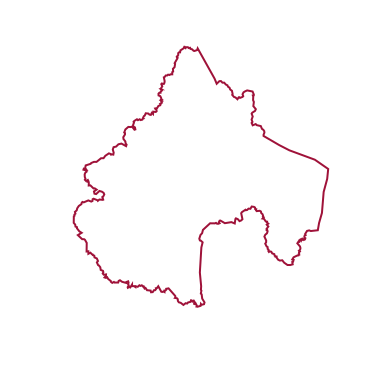 Prestea/huni Valley, Western, Ghana, rotated 322°
{"feature_id": "2480657B71205229821948", "entity_name": "Prestea/huni Valley", "entity_type": "district", "adm_level": 2, "iso_a3": "GHA", "parent_name": "Ghana", "parent_adm1": "Western", "projection": "mercator", "projection_center": [-2.017, 5.447], "detail": "fine", "context": "isolated", "style": "outline", "palette": "rose", "viewbox_px": 384, "rotation_deg": 322, "n_neighbors": 0, "source": "geoboundaries", "source_scale": "gbopen_adm2", "svg_char_len": 6010}
<svg xmlns="http://www.w3.org/2000/svg" viewBox="0 0 384 384"><g transform="rotate(322 192 192)"><path d="M281.8,121.5L278.1,121.9L279.6,116.5L284.9,82.3L283.4,83.3L280.8,82.4L280.2,81.7L279.9,79.5L278.9,78.3L279.3,77.2L278.0,76.5L278.0,75.6L277.2,74.7L276.1,74.5L275.9,73.8L275.4,74.3L275.0,73.0L273.8,73.6L270.1,73.3L268.6,74.6L268.0,74.0L266.6,74.1L265.5,75.6L263.8,75.9L263.7,76.6L263.1,76.4L262.8,77.7L257.6,79.8L257.6,80.6L255.1,82.9L252.8,83.2L251.3,85.5L250.2,85.4L248.9,87.1L247.5,86.0L246.4,86.0L245.4,84.8L244.2,84.9L243.0,84.0L241.5,84.5L240.4,84.3L238.7,87.8L237.5,89.0L236.3,89.5L235.0,87.9L234.2,88.1L233.7,90.4L231.5,91.2L230.9,91.6L231.1,92.1L230.6,91.7L230.7,93.5L228.7,93.8L228.3,94.4L227.2,93.7L226.1,93.9L225.1,95.3L226.0,96.9L225.7,98.5L225.2,99.8L224.5,100.0L224.8,100.5L223.8,100.4L224.4,101.9L223.5,101.8L223.2,103.1L221.2,102.9L221.2,103.6L220.4,104.1L218.5,103.5L216.2,104.4L214.4,103.5L214.3,104.1L215.1,104.6L213.8,106.6L212.7,106.6L210.9,104.8L209.3,106.6L209.0,104.9L207.0,105.9L206.1,104.8L205.9,103.3L204.0,101.5L201.8,102.7L200.7,102.6L198.8,103.6L198.9,104.1L198.3,103.9L197.4,104.4L195.8,103.7L195.6,102.5L193.6,102.1L193.4,100.8L190.3,100.5L189.2,100.7L189.0,101.6L186.6,103.1L186.2,104.4L186.8,106.0L185.9,107.8L185.0,107.5L185.0,104.0L184.5,103.3L183.8,103.2L181.9,101.5L178.0,101.7L175.2,103.4L175.5,104.3L174.6,105.4L171.6,106.5L170.6,108.1L170.6,111.1L169.6,112.9L169.6,114.4L168.3,115.3L166.2,110.4L163.4,109.1L160.2,109.5L157.8,108.4L155.7,109.8L154.5,112.8L153.0,114.1L151.8,112.7L151.2,112.7L151.2,111.8L150.3,110.4L146.0,110.1L143.1,110.9L141.1,109.4L135.3,109.5L133.3,107.9L130.4,107.1L129.5,107.4L124.6,105.6L122.6,107.3L122.5,109.0L121.1,107.0L120.2,107.6L121.8,109.8L121.5,111.1L119.9,111.1L118.3,112.0L116.8,114.1L116.2,116.0L115.1,116.4L115.3,118.1L117.3,118.4L117.0,119.5L116.4,119.8L116.9,120.1L116.3,121.3L114.6,123.3L116.0,124.2L116.6,128.6L117.6,129.2L118.3,131.4L115.1,131.2L114.1,133.3L115.2,134.6L119.7,134.2L121.2,136.3L121.8,138.3L121.4,139.9L119.2,140.9L118.2,140.8L117.3,143.4L116.9,143.3L114.4,140.9L112.4,141.0L112.5,140.4L110.3,136.7L109.3,136.5L108.0,137.8L106.7,137.5L105.1,134.8L100.3,133.5L99.6,132.4L98.6,132.5L97.3,133.5L94.2,133.3L91.5,134.2L89.8,135.5L87.5,135.6L86.8,137.3L85.4,137.4L84.8,138.4L83.9,138.4L79.8,143.5L79.9,145.8L78.9,147.5L79.7,148.9L79.0,149.8L79.0,153.6L79.9,156.2L75.5,155.7L76.4,161.5L78.0,162.9L78.2,163.8L77.7,167.3L72.3,174.0L73.8,174.9L72.3,176.9L74.6,177.3L74.8,179.4L75.3,180.2L75.0,180.7L75.8,182.0L74.9,183.5L76.1,185.8L75.4,188.5L73.7,188.9L73.0,191.8L73.4,192.6L73.4,194.8L72.1,197.2L73.3,199.3L72.8,200.6L71.5,201.2L71.5,202.8L73.5,204.0L72.6,205.0L70.5,205.5L71.3,206.7L72.7,206.9L72.4,208.9L73.2,212.2L72.8,212.8L73.2,214.5L75.1,214.8L75.2,215.6L78.1,217.9L79.5,216.9L80.9,217.2L81.6,219.7L84.2,223.2L84.8,222.5L86.7,223.1L86.2,224.4L84.9,225.3L84.7,226.6L82.7,227.4L82.5,228.0L84.1,228.2L84.6,229.2L87.8,228.0L86.8,229.3L89.0,231.0L88.6,231.2L88.8,231.8L89.1,231.3L90.9,233.3L93.1,233.1L93.5,234.2L95.0,234.6L95.1,236.2L96.6,236.8L95.5,236.9L95.2,238.9L96.3,239.0L96.1,241.7L98.7,244.2L98.0,245.8L99.4,246.7L101.6,246.0L102.6,246.7L104.0,246.3L104.3,245.6L105.3,246.1L107.4,245.5L106.4,251.7L107.1,252.5L108.2,252.8L108.7,253.9L109.6,252.7L110.4,253.3L111.6,253.1L112.1,252.4L114.2,253.5L114.8,263.6L114.1,264.8L113.4,265.0L114.7,266.4L114.8,267.6L113.8,269.2L113.7,270.8L114.9,272.4L115.7,275.7L118.5,275.7L119.5,276.9L120.9,276.6L123.3,277.7L124.5,276.7L125.0,277.1L125.1,278.7L126.5,278.7L126.4,279.9L124.8,281.4L125.3,282.2L126.3,282.0L125.8,284.8L125.1,285.1L125.7,285.8L128.7,287.0L130.1,285.7L130.1,286.8L132.4,287.8L133.9,286.7L134.4,282.3L136.6,278.6L136.4,277.5L138.7,275.5L138.8,274.6L141.2,271.9L148.6,260.3L165.2,241.5L169.4,238.2L169.0,235.8L168.4,235.0L169.0,233.3L172.2,231.1L174.6,230.7L177.3,228.6L187.0,227.8L190.7,230.8L191.9,231.1L192.2,232.4L193.1,233.2L194.5,233.6L194.6,232.3L196.1,231.6L196.8,232.0L198.7,236.8L204.5,240.0L206.3,243.1L209.6,240.0L210.4,239.8L211.4,241.7L211.5,244.2L213.3,244.7L215.0,244.5L217.7,239.0L219.0,238.6L223.2,238.9L223.2,239.5L224.4,240.1L226.3,239.9L227.7,241.2L230.1,240.2L231.7,241.9L232.1,243.1L231.3,244.3L232.0,245.1L231.2,245.7L231.2,246.9L233.8,248.5L234.3,249.8L233.6,251.2L233.9,253.0L233.2,254.9L232.7,255.1L232.9,256.1L231.3,256.4L232.2,257.4L232.0,260.6L232.9,261.6L232.3,262.2L232.6,263.9L230.8,263.8L230.9,266.2L228.0,267.0L228.1,267.7L227.3,268.1L227.6,269.1L227.2,269.7L225.6,270.7L223.4,270.8L221.6,271.7L220.6,275.9L219.4,277.3L217.9,277.8L217.3,280.8L217.7,281.9L216.6,283.4L216.8,284.6L215.8,285.6L215.7,286.6L216.7,286.6L217.7,287.9L217.4,289.8L218.6,291.6L217.9,293.2L218.3,293.9L218.0,294.3L218.9,295.0L218.3,295.7L218.2,298.4L219.0,300.1L221.1,301.4L221.1,304.4L222.3,308.3L224.4,310.0L226.8,311.0L227.9,308.9L228.7,309.2L230.3,308.0L229.5,306.9L231.9,306.0L235.6,306.8L236.9,307.5L237.5,306.9L238.0,307.3L239.2,305.4L240.4,305.3L240.2,304.1L241.7,304.0L242.9,303.0L243.6,301.4L243.4,297.3L245.2,296.7L245.7,297.2L246.5,296.3L247.0,296.7L247.2,296.2L248.3,296.1L249.0,296.4L248.5,297.4L250.0,296.8L250.0,297.8L251.3,297.9L250.9,298.7L251.8,298.9L252.9,298.2L252.6,297.0L253.1,296.3L254.1,295.6L255.0,295.9L255.4,294.7L258.7,293.5L260.7,294.4L261.6,295.9L267.6,299.6L273.0,294.7L281.5,288.5L295.8,273.0L306.6,264.9L313.5,257.7L308.7,242.2L294.4,219.1L289.6,208.7L282.9,191.9L283.7,190.9L285.6,189.8L286.4,188.5L286.5,186.9L286.0,185.3L286.8,182.4L284.2,179.2L284.0,177.7L280.9,176.8L281.5,174.3L282.8,174.0L283.5,171.7L286.3,169.9L287.2,167.0L288.3,166.6L291.6,166.9L293.3,166.0L293.2,162.1L296.2,159.1L296.7,157.2L299.1,154.4L299.4,153.4L300.2,153.8L300.7,153.3L301.6,150.1L298.0,145.9L295.5,145.3L293.9,145.2L292.0,146.1L291.4,148.0L290.4,148.2L287.8,147.4L287.7,146.5L287.1,146.1L284.9,146.9L284.5,144.3L283.6,142.9L283.5,140.2L284.3,139.9L285.8,136.8L285.2,134.7L285.8,132.9L285.2,131.2L285.6,129.7L284.8,128.1L284.7,125.7L283.3,124.6L283.1,122.4L281.8,121.5Z" fill="none" stroke="#9f1239" stroke-width="2"/></g></svg>